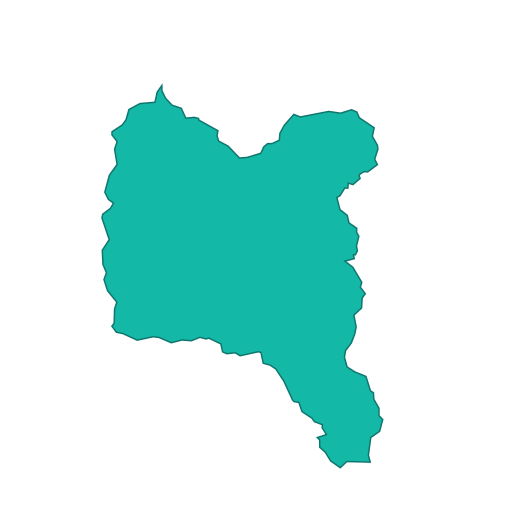 Martshala, Samdrup Jongkhar, Bhutan (Equal Earth projection), rotated 290°
{"feature_id": "84629894B7321058523370", "entity_name": "Martshala", "entity_type": "district", "adm_level": 2, "iso_a3": "BTN", "parent_name": "Bhutan", "parent_adm1": "Samdrup Jongkhar", "projection": "equal_earth", "projection_center": [91.734, 26.99], "detail": "medium", "context": "isolated", "style": "filled", "palette": "teal", "viewbox_px": 512, "rotation_deg": 290, "n_neighbors": 0, "source": "geoboundaries", "source_scale": "gbopen_adm2", "svg_char_len": 1952}
<svg xmlns="http://www.w3.org/2000/svg" viewBox="0 0 512 512"><g transform="rotate(290 256 256)"><path d="M101.4,433.8L107.3,429.7L124.7,425.9L133.5,432.1L145.7,431.0L148.0,426.2L155.0,423.6L161.7,415.7L167.7,413.1L168.4,409.7L180.4,400.5L180.9,388.5L182.9,379.5L191.2,373.7L197.7,372.5L206.8,375.3L216.4,375.5L223.5,374.4L234.0,368.2L243.2,373.0L252.9,370.1L257.9,371.6L262.4,364.7L267.4,364.4L278.5,350.9L281.6,341.3L287.1,349.2L290.4,347.2L291.2,349.0L295.5,349.5L299.7,347.0L309.7,345.9L312.7,342.4L316.5,341.2L318.9,332.1L325.4,327.8L328.3,319.0L338.7,311.9L341.3,314.3L350.3,316.2L351.2,319.1L356.0,317.7L356.3,322.7L364.5,327.3L366.9,325.2L369.0,326.0L372.1,328.5L373.3,332.2L383.4,338.8L387.6,334.4L398.2,334.0L401.6,332.2L408.3,324.4L416.9,323.2L421.2,305.9L425.8,301.4L426.1,295.8L419.1,286.6L416.7,274.9L401.8,250.1L402.0,243.1L388.6,237.9L379.5,236.5L372.8,238.3L367.2,232.8L365.5,228.4L361.2,226.0L354.2,225.4L345.7,214.1L342.4,207.0L349.7,192.2L351.2,181.6L355.7,178.2L360.7,177.4L364.1,156.0L365.6,154.9L365.2,150.7L361.5,142.9L369.2,135.3L369.0,125.6L373.4,116.9L379.2,111.0L384.0,109.2L376.1,107.1L365.9,108.5L359.6,94.9L350.2,86.5L339.6,87.3L333.4,85.5L323.5,78.2L320.6,79.2L316.0,86.4L308.0,86.6L294.5,94.2L281.8,90.6L264.3,92.1L258.6,98.1L257.0,104.0L250.9,102.9L242.9,97.7L239.1,98.2L221.2,112.5L208.8,109.6L195.7,115.1L189.1,121.2L181.9,121.2L172.6,128.4L165.0,141.0L158.0,141.2L144.3,145.7L140.8,144.6L136.6,150.9L137.6,157.3L136.3,173.2L145.0,187.0L146.3,192.8L145.5,206.0L151.7,215.1L154.3,224.3L160.4,231.1L161.0,237.6L162.7,239.6L161.4,253.0L154.5,257.4L154.2,262.0L158.0,269.6L156.8,275.1L166.7,290.7L167.1,293.6L157.7,299.5L158.3,306.5L156.6,313.3L147.9,325.0L133.3,339.5L132.2,341.6L133.1,346.3L125.5,352.5L122.7,364.1L120.3,367.6L120.2,376.1L117.2,376.9L112.3,383.3L106.4,375.7L104.9,378.7L98.0,381.4L95.3,388.3L88.9,396.3L85.9,407.6L93.9,411.6L101.4,433.8Z" fill="#14b8a6" stroke="#0f766e" stroke-width="1.5"/></g></svg>